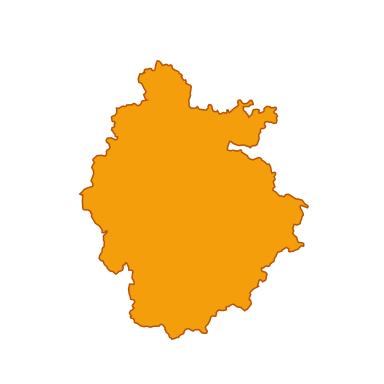 Teófilo Otoni, Minas Gerais, Brazil, rotated 334°
{"feature_id": "56859067B52692948196540", "entity_name": "Teófilo Otoni", "entity_type": "district", "adm_level": 2, "iso_a3": "BRA", "parent_name": "Brazil", "parent_adm1": "Minas Gerais", "projection": "albers", "projection_center": [-41.347, -17.686], "detail": "fine", "context": "isolated", "style": "filled", "palette": "amber", "viewbox_px": 384, "rotation_deg": 334, "n_neighbors": 0, "source": "geoboundaries", "source_scale": "gbopen_adm2", "svg_char_len": 6009}
<svg xmlns="http://www.w3.org/2000/svg" viewBox="0 0 384 384"><g transform="rotate(334 192 192)"><path d="M268.5,289.6L269.5,288.3L269.7,287.0L268.6,285.9L265.6,284.0L265.5,282.5L266.2,278.2L265.2,277.5L265.3,276.2L264.6,275.0L264.5,273.1L266.4,271.6L266.6,268.9L269.6,265.8L271.5,267.4L272.7,267.9L275.3,267.8L276.6,266.0L278.6,264.4L280.2,262.3L281.8,261.7L282.4,260.3L282.6,256.0L282.2,254.3L282.8,252.5L284.1,251.8L288.9,256.8L290.0,256.1L290.0,254.9L288.3,252.3L287.4,247.5L283.7,244.4L282.6,244.1L277.8,236.4L275.3,235.4L272.5,236.6L270.7,234.7L269.3,234.2L268.4,232.6L267.5,229.1L265.6,226.1L266.1,224.6L268.8,223.6L269.4,218.7L270.1,217.8L271.4,217.6L272.3,217.0L272.5,214.3L275.0,212.6L275.5,211.3L274.4,210.3L272.9,210.1L272.0,209.5L273.6,204.0L273.6,200.7L272.0,200.1L271.2,198.8L270.4,196.5L268.8,194.1L268.9,192.5L268.1,191.1L266.8,190.2L260.7,189.8L258.4,187.5L257.7,185.9L257.6,183.5L254.1,178.1L254.6,176.7L254.3,175.5L250.6,175.1L246.9,172.3L244.3,171.7L242.2,169.5L244.5,166.3L248.1,163.0L249.3,164.0L250.4,166.5L252.9,169.4L254.7,170.9L259.6,172.6L261.1,174.5L263.2,176.3L263.6,177.7L266.4,176.9L269.4,178.1L270.9,178.1L274.8,174.5L275.8,173.3L276.7,170.5L277.8,169.3L280.0,168.2L280.3,166.7L281.3,165.8L282.3,165.4L284.3,166.4L286.4,165.9L287.0,164.7L286.6,163.1L288.0,161.3L290.6,161.6L291.6,162.9L293.2,163.6L295.7,166.2L298.0,166.9L299.8,164.8L300.5,162.1L302.1,161.4L301.9,158.7L300.6,157.3L300.6,155.9L301.5,155.2L304.1,154.7L304.6,153.2L303.6,152.0L302.4,152.1L299.8,150.8L299.3,149.4L296.6,147.8L293.4,148.6L291.9,151.2L287.9,150.9L286.7,150.3L287.2,149.0L288.2,148.4L288.1,147.2L286.1,145.9L283.4,145.0L282.0,145.9L280.0,148.4L275.8,149.6L276.0,146.5L275.3,145.4L275.5,143.9L274.3,142.1L274.2,140.8L275.6,137.8L280.5,140.1L283.2,139.3L285.3,140.2L285.8,139.2L285.9,136.0L285.0,135.2L283.8,135.3L281.2,136.4L278.0,135.9L276.3,134.4L275.9,130.8L274.6,130.0L273.4,130.3L272.4,131.2L272.1,133.9L271.0,134.6L266.2,135.3L260.5,137.1L260.1,135.9L260.4,134.2L259.4,133.6L258.1,135.9L257.1,136.1L255.1,134.3L252.0,134.4L250.8,133.7L250.5,130.0L249.2,130.5L248.1,130.0L246.6,128.5L246.6,126.2L247.4,123.7L247.3,122.3L246.5,121.3L245.1,121.1L243.9,122.2L243.4,123.6L240.6,124.6L234.7,120.7L234.4,117.7L233.3,117.7L232.2,118.4L228.0,116.2L227.2,113.8L227.5,112.5L228.8,110.1L228.8,108.5L233.0,104.7L233.4,103.0L237.4,97.2L237.4,95.5L236.5,94.7L234.1,91.4L235.1,90.2L235.3,88.4L233.7,88.1L233.3,87.1L233.0,83.6L234.2,83.1L233.8,81.4L232.5,79.7L232.7,78.4L232.2,77.3L230.0,74.9L228.6,72.4L229.3,69.2L228.2,68.2L226.9,68.5L226.0,67.7L225.4,66.4L224.4,65.8L220.9,65.4L220.8,62.9L219.8,59.9L218.3,58.9L215.5,61.4L212.6,65.6L211.7,66.1L210.0,65.8L209.4,64.7L209.6,63.5L208.7,62.7L207.7,62.2L205.5,62.2L204.4,61.3L203.1,61.4L202.0,62.3L201.8,64.1L200.5,63.4L199.4,64.1L198.2,63.8L197.0,62.9L193.8,66.1L193.0,67.3L192.4,70.2L194.3,72.3L194.4,79.1L194.9,80.6L194.4,81.9L192.7,83.0L191.2,83.3L191.0,88.1L191.9,89.6L187.3,88.4L186.3,88.7L185.4,89.8L183.9,90.8L181.0,90.7L179.1,87.2L177.6,86.8L176.4,87.4L171.6,85.2L170.1,85.9L168.7,85.7L167.9,84.7L166.3,84.4L163.1,84.8L160.9,83.5L160.0,86.0L158.6,88.3L155.9,89.4L153.9,89.0L152.4,89.4L151.3,93.2L151.8,94.1L153.1,94.7L153.3,96.2L151.8,97.0L151.0,99.4L148.3,99.2L146.8,101.3L147.6,102.4L147.4,104.3L148.2,105.9L147.5,108.3L148.2,109.3L149.3,109.8L148.6,111.0L147.4,111.9L146.1,111.5L143.3,108.0L139.8,106.6L138.5,107.0L137.5,108.0L137.2,109.7L138.6,112.7L137.9,114.5L137.8,116.1L136.8,116.9L133.9,117.2L132.8,118.1L131.8,120.5L130.9,121.1L129.7,121.7L126.2,118.9L125.1,119.0L124.1,118.2L122.7,117.7L117.4,119.2L116.9,120.2L117.1,123.0L114.1,124.6L112.7,126.0L112.7,129.9L111.7,132.4L106.1,137.8L106.5,140.7L106.2,142.1L105.1,143.4L99.7,142.5L96.3,142.4L93.0,143.9L90.2,144.6L91.3,146.1L92.5,146.7L89.4,152.3L86.6,159.2L87.1,160.6L90.7,162.6L92.4,165.2L91.8,166.4L92.4,167.4L90.9,170.0L91.5,177.7L94.0,182.2L94.6,186.6L93.4,189.2L94.7,189.9L96.4,189.9L97.6,189.3L98.6,189.7L97.7,191.1L93.3,192.4L91.3,196.7L91.4,198.0L89.8,201.3L88.5,202.9L87.3,203.0L86.2,203.9L85.1,206.2L81.1,208.7L79.4,210.9L79.7,212.7L80.5,214.2L81.8,215.2L81.5,218.8L82.8,222.0L82.5,223.6L83.3,226.2L84.0,227.4L86.1,228.9L87.4,232.3L88.6,232.4L91.0,231.5L95.1,231.8L97.1,229.8L97.4,228.1L98.5,227.4L99.8,228.0L100.4,227.1L101.7,226.6L102.2,227.9L102.1,231.5L101.0,234.5L103.7,236.1L104.2,237.2L100.3,243.1L100.7,247.2L99.3,249.6L95.6,247.4L92.5,251.3L90.9,256.0L90.6,259.1L89.8,261.5L91.7,262.8L92.6,264.2L92.5,265.5L91.3,266.5L88.6,267.8L88.3,269.3L88.9,270.8L86.4,271.9L84.9,271.7L82.9,273.1L82.6,274.3L83.3,276.6L81.8,277.1L81.7,278.3L83.5,280.0L84.0,281.2L83.2,284.0L83.9,285.1L85.0,285.7L87.1,289.7L90.0,292.2L91.1,292.2L92.4,292.8L95.4,295.3L98.7,295.9L103.0,297.8L104.0,298.1L105.4,297.2L106.7,297.7L107.5,298.8L108.3,302.2L107.4,303.8L107.7,305.3L107.3,306.6L108.7,309.7L108.1,312.8L109.1,313.8L109.3,315.6L110.5,315.5L111.6,316.1L114.4,316.0L115.8,316.8L118.5,315.4L121.5,315.6L122.9,315.3L123.5,314.1L125.9,312.7L128.2,313.1L129.3,313.5L131.4,316.9L132.4,317.7L133.5,317.0L134.7,317.1L135.8,318.0L137.1,318.2L138.1,319.1L139.1,322.9L142.3,325.1L143.6,325.1L144.7,323.7L144.4,320.1L145.4,318.8L148.3,317.8L150.9,316.1L153.1,314.0L153.7,312.9L154.8,312.4L156.6,312.5L158.8,314.1L160.4,312.4L160.9,311.0L164.4,309.6L165.3,310.6L168.2,312.3L171.3,312.9L172.3,310.2L174.9,311.0L179.0,310.5L180.0,311.0L182.5,315.3L185.3,317.2L187.3,321.9L188.6,321.5L190.1,321.7L196.2,318.6L197.2,314.9L196.2,313.9L197.6,311.8L199.8,310.0L199.6,308.7L200.3,307.7L202.5,306.7L205.0,306.1L210.6,305.9L210.2,304.5L213.6,300.8L215.3,301.0L216.2,303.7L219.4,303.5L220.7,302.4L221.3,301.0L223.4,298.8L223.3,297.4L222.6,295.9L220.4,294.2L220.2,292.4L221.2,291.0L222.6,291.4L225.9,290.9L227.9,292.3L229.2,292.5L231.0,290.8L235.3,290.2L237.2,287.7L239.5,286.4L241.9,284.2L243.0,283.8L246.8,284.4L247.9,283.6L252.3,283.2L254.0,285.2L252.9,287.6L253.8,288.8L255.6,289.0L256.8,289.7L259.2,289.4L261.9,290.0L265.7,288.5L267.1,288.4L268.5,289.6Z" fill="#f59e0b" stroke="#b45309" stroke-width="1.5"/></g></svg>